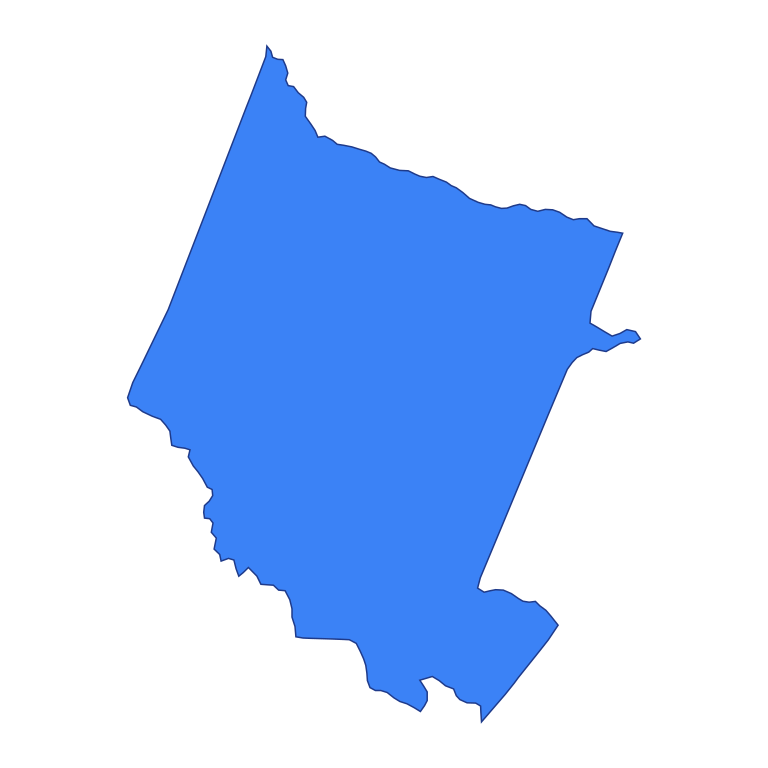 the district of Sooretama, Espírito Santo, Brazil
{"feature_id": "56859067B28785690649681", "entity_name": "Sooretama", "entity_type": "district", "adm_level": 2, "iso_a3": "BRA", "parent_name": "Brazil", "parent_adm1": "Espírito Santo", "projection": "natural_earth1", "projection_center": [-40.136, -19.069], "detail": "fine", "context": "isolated", "style": "filled", "palette": "blue", "viewbox_px": 768, "rotation_deg": 0, "n_neighbors": 0, "source": "geoboundaries", "source_scale": "gbopen_adm2", "svg_char_len": 2588}
<svg xmlns="http://www.w3.org/2000/svg" viewBox="0 0 768 768"><path d="M266.9,46.1L265.8,56.6L255.2,84.4L251.1,95.1L246.4,107.0L205.8,212.3L168.2,309.6L143.7,360.3L140.1,367.7L132.8,382.5L127.6,397.7L130.3,405.3L136.4,407.0L142.7,411.7L152.4,416.3L160.6,419.3L165.7,425.1L169.9,431.1L170.7,437.6L171.8,445.3L178.0,447.3L184.8,448.2L190.0,449.8L188.3,456.9L193.3,466.0L198.0,471.8L202.6,478.4L207.3,487.2L212.1,489.5L212.7,495.6L209.2,501.2L204.5,505.5L203.7,512.3L204.5,518.1L209.7,518.7L213.0,523.0L211.3,532.3L216.3,538.1L214.1,549.1L219.7,554.5L221.1,561.1L228.5,558.4L233.9,560.0L236.1,568.8L238.8,576.2L243.2,572.6L248.4,567.5L256.9,576.1L260.9,584.3L267.5,584.8L273.4,585.2L278.6,590.1L285.1,590.7L289.8,599.7L292.0,608.8L292.0,617.1L295.0,626.5L295.9,636.8L302.9,638.0L310.0,638.3L323.6,638.7L332.9,639.0L343.2,639.4L349.3,639.7L356.3,643.4L360.4,651.6L363.7,659.0L365.8,665.4L366.9,673.2L367.4,680.6L370.0,687.6L375.4,690.5L380.8,690.5L387.2,692.5L394.0,697.9L399.9,701.5L407.0,703.8L414.2,707.7L420.4,711.5L424.5,705.7L427.2,700.6L427.2,691.9L423.6,686.0L419.8,680.2L432.3,676.5L439.2,680.6L445.5,685.8L453.6,688.9L456.3,695.7L459.9,699.6L467.0,702.8L475.7,703.1L480.6,706.0L480.9,712.5L481.5,721.9L505.2,694.4L514.4,682.9L518.2,677.7L538.9,651.8L548.2,640.0L558.1,625.2L550.9,616.1L545.9,610.3L539.8,605.8L535.4,601.4L529.1,602.2L522.9,601.2L518.4,598.5L511.4,593.6L503.3,590.1L495.6,589.7L490.4,590.7L484.1,592.2L477.6,588.1L480.3,577.8L497.0,537.8L501.6,526.8L548.5,414.0L567.3,369.3L572.2,362.5L576.8,357.6L582.6,354.7L588.8,352.1L592.7,348.6L599.5,350.2L606.1,351.5L612.6,347.9L620.2,343.4L627.9,341.9L633.6,343.2L640.4,338.9L635.5,331.6L626.8,329.6L619.9,333.5L612.1,336.1L604.4,331.6L596.8,327.0L590.0,323.1L591.0,311.3L608.5,268.5L615.4,251.0L622.7,233.2L617.7,232.3L610.2,231.3L600.9,228.2L594.0,225.9L587.0,218.7L579.4,218.7L573.3,219.7L566.8,217.1L559.7,212.3L552.7,209.8L545.3,209.4L537.8,211.3L530.8,209.4L525.6,205.6L519.7,204.3L513.4,205.8L507.0,208.1L501.4,208.4L495.4,206.8L490.8,204.9L485.0,204.3L478.1,202.3L469.5,198.4L462.9,192.6L456.3,187.8L451.2,185.6L446.4,182.1L439.1,179.2L433.0,176.5L426.4,177.5L419.8,176.2L414.7,174.0L408.3,170.8L399.6,170.4L390.2,167.9L384.4,164.2L379.5,162.0L375.6,157.0L371.2,153.3L365.8,151.1L359.2,149.2L351.9,146.9L343.8,145.3L337.2,144.3L332.6,140.4L324.9,136.2L317.9,137.2L315.1,130.5L311.0,124.3L305.3,116.3L305.6,108.5L306.7,102.3L303.7,97.3L298.2,92.7L293.6,86.6L288.2,85.6L285.7,79.9L287.8,73.1L285.7,65.9L282.9,59.6L277.7,59.3L272.6,57.3L270.9,51.2L266.9,46.1Z" fill="#3b82f6" stroke="#1e3a8a" stroke-width="1.5"/></svg>